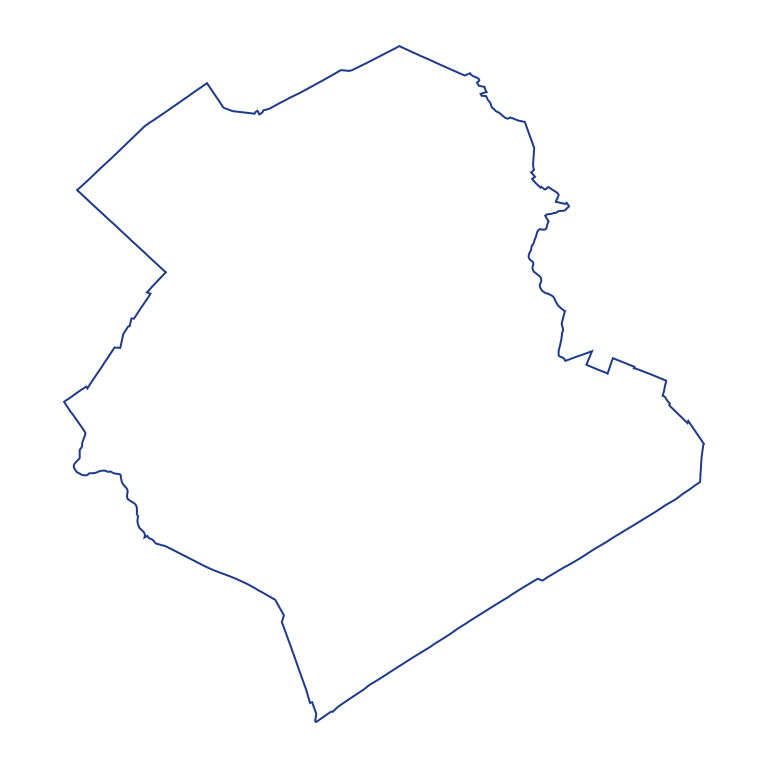 Phung Hiep, Hau Giang, Vietnam (orthographic projection)
{"feature_id": "81297802B32262425524101", "entity_name": "Phung Hiep", "entity_type": "district", "adm_level": 2, "iso_a3": "VNM", "parent_name": "Vietnam", "parent_adm1": "Hau Giang", "projection": "orthographic", "projection_center": [105.705, 9.788], "detail": "fine", "context": "isolated", "style": "outline", "palette": "blue", "viewbox_px": 768, "rotation_deg": 0, "n_neighbors": 0, "source": "geoboundaries", "source_scale": "gbopen_adm2", "svg_char_len": 6026}
<svg xmlns="http://www.w3.org/2000/svg" viewBox="0 0 768 768"><path d="M476.7,77.6L472.6,75.9L471.0,74.6L470.1,73.3L464.6,75.5L440.2,64.7L427.8,59.0L420.8,56.0L417.0,54.2L410.7,51.4L399.3,46.1L396.6,47.6L376.6,57.9L374.2,59.1L365.9,63.4L355.2,68.6L352.3,70.1L349.6,70.8L348.6,70.9L344.0,70.4L341.6,70.2L340.6,70.2L333.9,74.2L324.3,79.6L300.1,92.8L293.3,96.1L290.1,97.6L282.9,101.5L280.0,102.9L272.2,107.2L270.2,108.4L265.7,109.8L263.6,110.2L262.6,111.9L262.0,112.7L261.2,113.4L259.3,114.4L258.0,111.6L257.5,110.8L255.8,111.8L255.3,112.3L254.6,113.7L232.5,111.1L224.9,108.3L223.3,107.5L219.4,101.5L207.0,83.2L192.6,93.1L187.8,96.6L184.2,99.0L179.6,102.3L171.0,108.2L167.5,110.7L151.9,121.3L150.9,121.8L144.9,126.0L112.0,157.7L100.9,167.9L88.5,179.8L79.9,187.7L77.1,190.1L77.5,190.6L80.2,192.9L90.2,202.3L91.4,203.5L94.9,206.6L98.2,209.8L102.8,213.9L105.4,216.4L112.4,222.8L115.8,225.8L119.3,229.2L129.2,238.4L132.1,241.3L136.1,244.8L138.8,247.4L145.9,253.8L148.3,256.2L163.8,270.5L164.6,271.3L165.9,272.2L153.5,285.2L147.0,292.4L150.4,293.7L148.8,296.5L140.6,308.5L134.0,318.6L131.4,318.5L129.7,326.1L128.4,326.3L127.1,328.1L125.1,331.2L123.2,334.4L120.3,347.8L115.0,347.6L114.7,347.5L114.2,348.0L107.5,358.2L104.7,362.2L102.0,366.5L90.2,383.9L87.4,388.4L86.2,386.6L80.6,390.2L77.2,392.7L73.8,395.0L70.8,397.3L65.3,400.9L64.1,401.9L70.6,411.8L72.1,413.5L83.6,429.9L85.5,433.3L85.1,435.0L82.4,442.2L82.1,444.1L82.2,445.0L82.0,446.6L81.2,447.9L80.0,449.4L79.7,450.1L79.7,457.9L79.3,458.6L76.2,461.8L74.3,464.1L74.0,464.9L73.8,465.5L73.9,467.2L74.3,468.5L75.2,469.7L76.4,471.7L77.3,472.4L78.3,472.8L79.3,473.5L80.2,473.8L80.9,474.3L82.3,475.0L83.2,475.2L84.3,475.3L86.9,475.2L87.7,474.8L88.9,473.5L89.5,473.4L94.7,473.0L96.4,472.5L100.0,471.0L101.1,470.8L103.6,470.6L104.7,470.7L105.5,470.8L107.5,471.7L108.3,471.8L109.1,471.8L110.4,471.5L111.0,471.7L111.9,472.3L113.9,473.3L115.8,473.7L118.6,473.9L119.5,474.2L120.2,474.5L120.6,475.1L121.2,479.0L121.7,481.5L122.5,483.3L123.6,485.0L126.5,488.2L127.2,489.2L127.5,490.3L127.6,492.3L127.3,493.1L127.1,495.2L127.1,497.6L127.6,498.7L128.5,499.7L133.9,503.1L134.9,503.9L135.8,504.9L136.7,507.0L136.8,507.9L137.0,511.6L136.8,513.9L137.2,514.8L138.0,516.0L137.6,519.2L137.4,521.6L138.2,525.1L139.5,527.9L140.8,529.3L143.5,531.8L144.2,532.8L144.6,533.7L144.9,535.0L144.7,536.6L144.5,537.5L147.4,535.9L148.1,537.2L149.0,538.0L149.7,538.5L151.6,539.2L152.5,539.7L156.1,543.6L156.6,543.8L159.3,544.4L161.2,545.1L164.9,545.9L165.4,546.1L178.6,552.8L204.6,566.1L208.6,568.0L214.1,570.4L220.6,572.9L227.8,575.5L234.9,578.3L241.1,581.1L245.3,583.1L247.7,584.2L252.2,586.7L255.7,588.6L258.3,590.3L261.8,592.1L275.2,599.8L283.9,615.3L281.8,622.3L283.3,625.9L289.0,641.7L291.5,648.3L292.4,651.2L293.8,654.9L298.3,667.8L306.2,689.8L309.8,702.2L310.0,702.9L312.1,702.2L315.5,711.6L316.3,714.3L315.3,719.8L315.3,721.1L315.4,721.7L315.9,721.9L316.3,721.9L329.9,712.4L331.4,711.6L332.8,711.8L336.5,708.1L338.5,706.4L347.7,700.1L359.8,692.1L363.4,689.8L367.8,686.2L370.5,684.3L374.3,682.1L386.0,674.7L389.0,672.7L412.8,657.5L428.6,647.9L431.1,646.3L433.5,644.5L445.7,636.9L451.2,633.3L456.7,629.3L465.8,623.6L470.1,620.7L494.3,605.5L508.1,597.1L512.2,594.3L523.2,587.4L537.6,578.8L538.2,578.9L542.5,580.6L547.7,577.1L563.8,567.5L566.9,565.9L573.1,562.4L581.7,557.3L593.0,549.9L607.6,541.3L608.6,540.5L617.0,535.2L618.6,534.4L625.1,530.3L632.2,526.1L647.2,516.9L656.0,511.5L665.3,505.3L675.7,499.3L679.8,496.2L681.9,494.5L689.6,489.4L695.0,485.4L697.9,483.5L700.1,482.0L700.4,476.6L700.4,474.6L700.7,471.7L701.5,457.8L703.2,445.5L703.9,443.9L688.3,421.0L687.5,423.1L669.9,406.0L669.3,405.2L669.9,403.7L667.5,400.9L665.8,398.4L664.9,396.8L662.6,395.7L663.9,391.6L664.2,389.7L666.2,380.7L649.2,373.7L635.9,368.6L633.9,368.3L634.5,366.9L633.9,366.6L612.9,358.2L611.4,362.3L607.6,373.6L604.8,372.3L599.3,370.2L592.2,367.2L586.4,364.8L592.0,351.2L584.7,353.9L573.2,357.9L570.4,359.0L565.5,360.8L564.9,360.3L564.3,358.9L564.0,358.5L563.5,358.1L561.8,357.2L561.2,357.0L560.5,356.9L558.7,355.5L558.6,352.8L558.7,350.4L560.3,344.5L560.7,342.0L561.4,339.2L561.6,337.1L561.9,335.6L562.0,333.1L562.8,331.2L563.1,330.2L563.0,328.8L561.8,324.5L561.8,323.0L564.1,314.0L565.0,311.1L564.3,311.0L563.5,310.1L560.9,308.2L558.1,305.5L555.8,301.7L554.5,298.8L553.7,297.3L552.9,296.4L551.5,295.4L548.9,294.2L548.4,293.7L547.9,293.5L546.6,293.5L544.9,292.7L542.1,290.8L540.9,288.9L540.2,287.4L539.9,286.3L539.8,284.9L539.9,284.4L541.0,282.0L541.2,281.0L541.3,280.2L541.1,278.8L540.6,277.6L539.9,276.5L537.7,274.6L535.2,272.8L534.0,271.7L533.3,270.8L532.6,268.9L532.5,268.2L532.5,267.2L532.7,266.3L533.3,264.6L533.3,263.2L533.0,262.3L532.0,261.1L530.4,260.1L529.3,258.7L528.8,257.6L528.6,256.6L528.7,255.5L529.2,253.7L529.9,252.2L531.1,249.9L531.4,247.5L531.8,245.9L533.1,244.1L533.6,243.2L534.4,240.5L536.3,235.6L537.1,232.3L537.6,231.3L539.0,229.6L539.8,229.2L540.4,229.2L541.8,229.5L543.2,229.7L544.9,229.6L546.0,228.8L546.5,228.0L546.7,226.8L547.9,222.7L548.1,221.9L548.6,221.2L547.2,219.3L545.9,216.8L545.2,215.7L546.7,214.5L549.7,214.0L550.7,214.0L552.0,213.7L553.7,213.0L555.8,212.9L557.5,211.8L558.0,211.3L561.5,210.8L563.5,210.8L564.7,210.4L565.6,209.7L566.9,208.3L568.2,207.3L568.6,206.9L569.0,206.2L566.6,202.8L565.2,203.9L555.8,201.8L556.0,201.2L558.7,195.0L558.1,193.9L557.4,193.1L556.2,192.1L553.9,190.7L553.5,190.3L552.3,189.7L550.8,188.6L550.3,188.4L548.5,187.2L547.9,187.2L545.5,189.4L544.8,189.4L541.2,186.8L540.5,187.6L535.5,182.9L532.1,179.0L535.0,176.8L531.2,172.4L531.7,172.2L534.0,169.7L533.3,167.4L533.1,163.8L534.2,148.0L524.8,121.9L518.3,120.6L512.1,118.1L510.1,117.5L509.5,118.0L508.4,118.5L507.0,118.5L505.7,118.1L502.6,115.8L501.6,114.8L499.1,112.7L496.9,111.7L495.6,110.9L495.1,110.4L494.2,109.2L493.4,108.8L492.6,108.2L491.9,107.5L490.3,102.7L488.8,101.0L488.0,100.0L487.5,99.1L486.1,96.1L481.6,95.8L480.6,93.9L486.6,92.0L485.7,90.8L484.7,87.7L484.6,86.9L479.0,85.8L478.1,84.6L477.0,82.5L479.1,80.9L479.3,80.2L479.0,79.3L478.3,78.5L476.7,77.6Z" fill="none" stroke="#1e3a8a" stroke-width="2"/></svg>